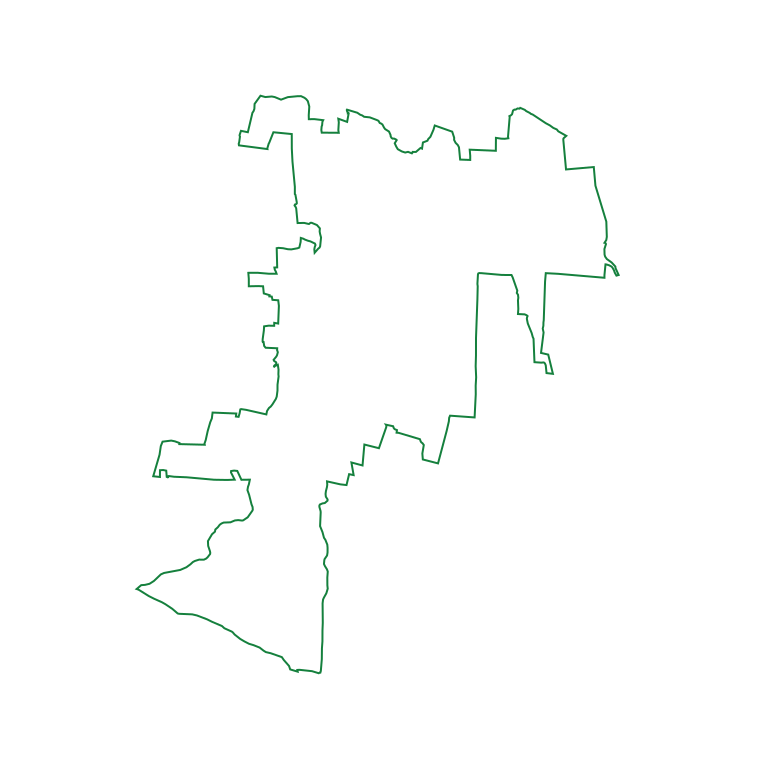 outline of Lungani, Iasi, Romania, rotated 13°
{"feature_id": "2599482B77898922743518", "entity_name": "Lungani", "entity_type": "district", "adm_level": 2, "iso_a3": "ROU", "parent_name": "Romania", "parent_adm1": "Iasi", "projection": "natural_earth1", "projection_center": [27.139, 47.151], "detail": "fine", "context": "isolated", "style": "outline", "palette": "green", "viewbox_px": 768, "rotation_deg": 13, "n_neighbors": 0, "source": "geoboundaries", "source_scale": "gbopen_adm2", "svg_char_len": 6145}
<svg xmlns="http://www.w3.org/2000/svg" viewBox="0 0 768 768"><g transform="rotate(13 384 384)"><path d="M505.8,101.2L497.0,98.6L495.1,97.1L491.4,96.4L487.4,94.7L483.0,93.5L468.3,88.0L466.2,87.7L465.1,87.1L461.2,86.1L459.5,85.2L454.6,84.3L454.1,85.2L452.1,85.5L450.6,87.0L449.3,87.3L448.2,88.5L448.1,92.3L447.3,93.6L445.9,94.8L446.4,95.6L449.2,115.1L449.9,116.6L446.5,117.9L442.9,118.6L437.7,119.0L440.5,131.6L414.8,136.4L416.7,142.3L417.6,146.3L407.7,148.2L403.8,136.5L402.2,134.6L399.5,132.9L397.4,130.4L397.0,128.3L393.7,122.8L375.3,120.7L375.0,125.2L373.6,132.7L372.0,135.4L371.6,137.2L367.6,139.9L368.1,146.1L366.5,145.8L362.9,150.7L359.7,151.4L359.7,152.2L359.3,153.0L355.2,152.4L352.6,153.7L349.1,153.4L344.6,152.1L342.5,149.9L340.3,147.0L341.5,143.5L340.6,143.0L338.6,142.6L337.2,143.0L336.1,142.6L334.9,141.4L334.3,139.8L332.1,136.9L327.8,135.4L326.4,134.2L324.1,131.5L322.7,130.9L321.1,130.6L319.4,128.8L317.6,128.4L310.2,127.4L304.5,128.1L302.3,127.2L300.3,127.0L297.0,125.7L286.2,125.0L286.1,125.4L287.0,127.1L287.9,127.6L287.9,128.5L288.7,128.4L289.1,136.9L279.8,135.8L281.1,139.2L282.4,146.9L283.4,149.4L266.8,153.1L265.8,150.6L265.3,147.1L265.5,145.9L265.0,142.3L265.4,140.6L256.4,141.6L251.2,142.9L250.2,139.0L248.8,130.5L246.2,125.6L244.2,124.0L242.1,123.0L238.4,122.2L234.8,123.1L225.8,126.1L219.7,130.1L213.0,129.0L210.0,129.1L203.8,131.1L198.8,130.9L194.9,140.2L195.8,145.1L195.5,147.6L194.8,149.3L194.7,169.3L187.7,169.5L187.3,173.9L187.4,174.5L188.0,175.3L188.5,180.9L188.4,182.6L189.0,184.1L217.6,181.3L217.3,180.6L217.6,175.6L217.9,174.8L219.6,163.6L237.9,161.2L241.2,175.3L244.8,187.9L252.8,212.0L254.4,219.0L255.1,219.5L258.1,226.5L258.4,227.7L257.7,228.7L256.8,229.2L256.7,230.2L257.9,231.2L258.9,232.5L263.6,246.6L270.0,245.0L274.5,245.0L275.0,244.9L276.1,243.5L277.2,243.2L282.9,244.2L286.5,246.8L287.0,249.9L287.9,252.0L289.7,255.4L290.8,264.2L290.5,265.6L289.4,267.0L286.9,271.7L285.8,268.4L285.7,266.2L286.0,264.0L285.1,262.7L280.3,261.6L277.5,261.5L274.1,261.0L272.9,260.6L270.1,260.4L270.8,264.3L270.8,270.1L269.2,271.2L263.4,273.7L260.0,274.3L255.1,274.4L250.5,275.1L248.9,275.8L253.7,294.4L251.0,295.2L251.9,297.2L253.3,298.8L254.5,300.7L246.7,302.5L235.6,304.1L226.8,306.2L228.6,311.9L230.3,319.2L239.4,316.9L244.2,316.0L246.5,322.8L252.6,323.2L252.6,324.4L255.0,324.1L256.4,327.1L262.1,326.2L264.0,331.5L267.3,348.9L263.3,349.1L263.9,352.0L258.5,353.1L254.2,354.8L254.9,358.9L255.7,367.6L256.2,370.0L256.5,370.4L257.2,370.2L258.7,373.9L260.5,375.3L271.9,373.2L272.2,375.0L273.4,376.9L273.3,380.0L272.9,381.5L271.0,385.3L271.8,386.3L273.8,387.0L274.2,387.4L274.5,388.7L272.9,390.9L272.9,392.5L273.7,391.0L276.2,389.1L278.0,393.7L278.9,398.3L279.6,400.3L280.4,408.6L281.7,414.4L282.3,420.4L282.0,422.8L279.9,428.9L278.7,431.5L277.4,433.1L276.7,434.9L276.1,436.7L276.2,440.1L255.4,440.2L250.4,440.6L249.7,441.1L249.9,445.0L249.7,448.7L247.0,449.0L246.7,446.0L223.4,450.4L224.0,456.3L223.3,460.3L222.8,469.5L222.9,478.7L222.5,482.5L223.0,483.5L198.1,488.6L198.0,487.5L193.1,486.9L189.4,487.0L181.2,490.0L180.5,494.7L181.2,503.4L179.9,525.8L186.6,525.0L185.1,518.4L188.2,517.5L191.3,517.4L193.2,523.4L194.3,523.6L194.6,523.4L194.3,522.4L195.0,522.1L200.3,521.6L212.6,519.3L240.0,515.5L252.7,512.8L260.0,510.8L254.8,504.6L254.6,503.2L257.4,502.1L260.6,501.7L266.6,509.4L274.8,507.4L274.9,512.3L274.6,514.7L274.8,518.1L277.5,522.3L282.0,531.1L283.6,533.4L284.4,535.9L284.3,536.9L281.2,544.5L277.5,548.5L276.4,549.0L272.6,549.4L269.4,550.5L265.5,553.3L258.9,555.1L257.0,556.5L255.6,558.1L254.3,561.0L252.4,563.7L252.5,565.9L250.2,569.1L247.8,576.7L249.1,581.3L252.1,586.2L252.7,587.6L252.8,588.8L251.1,592.5L250.0,594.1L248.0,595.7L243.4,596.7L239.5,599.0L237.8,600.5L235.9,603.3L232.7,607.0L227.3,611.0L212.2,617.6L209.4,619.7L204.1,627.7L200.5,631.4L196.3,633.5L192.7,634.6L189.1,639.4L191.1,639.6L202.4,643.5L208.5,645.0L216.7,646.6L220.4,647.7L228.3,650.7L234.6,654.0L236.1,654.0L248.9,651.6L253.8,651.6L264.6,653.1L270.0,654.4L280.6,656.3L283.4,657.9L291.4,659.5L292.5,660.0L294.8,661.7L301.1,664.7L305.8,666.2L310.9,667.5L315.6,667.8L322.1,668.8L326.6,670.9L329.2,671.8L334.1,671.8L345.9,673.1L348.5,675.5L354.9,680.1L356.8,683.2L364.6,683.7L363.9,682.1L366.0,681.5L378.5,680.0L385.5,680.5L386.4,679.5L386.9,679.5L387.0,677.8L385.3,666.1L383.0,655.6L381.9,648.6L379.5,638.0L378.1,630.6L373.5,611.5L373.1,607.7L373.5,605.7L374.9,600.9L375.2,596.1L374.1,592.9L372.3,585.3L371.4,579.4L370.1,577.4L367.4,574.7L366.0,572.9L365.5,569.2L365.5,568.0L367.1,563.9L366.9,560.9L365.9,556.4L364.9,553.3L362.0,549.1L360.1,547.3L357.4,542.2L353.7,536.9L351.2,523.4L350.8,522.1L348.7,518.3L348.4,517.2L348.6,515.9L350.9,514.2L353.1,513.3L355.2,510.4L355.0,509.2L352.7,506.9L351.8,504.3L351.5,501.4L351.6,497.5L351.4,495.0L350.4,491.7L364.0,491.6L370.2,490.9L370.3,479.7L374.9,479.6L369.9,467.8L381.4,468.2L378.5,447.4L393.5,447.7L395.9,425.5L395.7,423.9L395.0,423.2L402.4,423.1L403.3,424.6L404.5,425.6L407.0,426.0L407.2,428.6L409.2,428.3L431.4,429.7L432.6,431.6L433.4,432.4L434.9,433.1L436.5,434.5L437.0,443.1L438.8,448.8L454.5,449.2L455.6,415.7L455.6,405.8L455.1,402.3L455.5,400.0L479.8,396.2L475.7,373.3L473.7,365.0L472.3,356.8L469.3,346.0L467.2,335.5L463.3,318.5L456.0,280.7L453.3,267.6L452.5,265.5L450.9,256.1L451.0,255.1L451.8,254.5L453.9,254.1L474.5,251.2L483.7,249.1L485.4,251.2L492.9,263.1L492.9,265.4L494.5,266.9L495.5,269.8L495.7,272.3L498.0,280.7L498.8,285.7L505.4,284.5L507.5,284.9L508.6,285.5L508.4,287.0L508.5,288.3L510.5,292.7L516.4,301.1L518.4,304.8L519.5,306.2L525.7,328.9L532.5,327.8L534.6,327.1L535.4,327.2L536.3,327.9L537.4,329.4L539.9,336.8L546.3,336.1L537.4,318.4L530.0,318.4L527.9,297.9L526.2,294.3L526.2,291.5L525.5,288.1L525.3,285.9L517.9,248.0L516.7,239.6L528.7,237.5L574.9,230.9L574.3,228.3L572.9,217.6L574.0,217.5L576.7,217.7L579.3,218.4L580.4,219.2L582.6,221.6L583.8,223.6L586.1,226.1L588.1,225.0L583.5,219.0L583.0,217.5L578.5,214.4L573.0,212.1L570.8,210.1L569.8,208.3L568.4,202.9L568.8,197.7L568.0,196.8L567.1,196.8L568.2,193.7L568.0,190.5L564.1,175.8L545.4,143.2L539.6,125.4L513.1,134.0L503.8,105.8L503.6,104.7L503.8,104.0L505.8,101.2Z" fill="none" stroke="#15803d" stroke-width="2"/></g></svg>